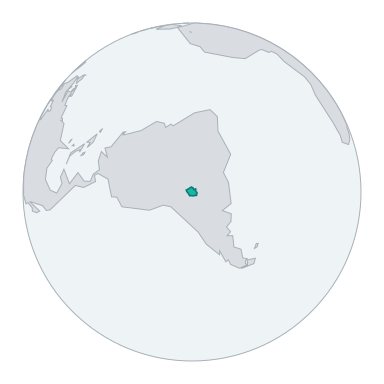 Boquerón on an orthographic globe, rotated 312°
{"feature_id": "PRY-598", "entity_name": "Boquerón", "entity_type": "Department", "adm_level": 1, "iso_a3": "PRY", "parent_name": "Paraguay", "parent_adm1": "", "projection": "orthographic", "projection_center": [-61.074, -21.97], "detail": "fine", "context": "on_globe", "style": "filled", "palette": "teal", "viewbox_px": 384, "rotation_deg": 312, "n_neighbors": 0, "source": "natural_earth", "source_scale": "10m", "svg_char_len": 5265}
<svg xmlns="http://www.w3.org/2000/svg" viewBox="0 0 384 384"><g transform="rotate(312 192 192)"><circle cx="192" cy="192" r="169" fill="#eef3f6" stroke="#a8b0b8"/><path d="M91.1,56.5L90.9,56.7L94.3,54.1L104.6,47.4L115.3,41.4L126.4,36.3L137.9,31.9L149.6,28.4L161.6,25.8L147.0,29.4L143.8,30.6L144.4,31.1L157.1,29.7L155.7,31.1L157.8,32.4L161.1,30.9L160.6,29.6L167.2,27.7L165.8,26.7L168.2,26.0L169.0,25.2L174.7,24.6L179.9,24.6L179.6,25.5L181.8,25.7L186.9,24.6L190.8,26.5L201.4,28.8L201.7,29.7L194.0,31.1L182.0,31.3L171.9,35.1L184.3,32.2L185.1,35.2L187.7,35.7L191.1,35.5L193.1,34.3L194.6,35.5L182.8,38.4L181.3,37.3L185.1,36.2L179.4,36.6L171.5,39.4L172.5,41.2L159.5,45.1L160.0,46.6L157.5,48.6L157.5,45.8L157.2,51.1L142.1,59.7L141.5,71.3L135.6,63.2L129.7,63.4L122.2,65.3L122.0,67.1L112.6,68.2L103.2,74.7L98.5,85.4L100.7,92.3L111.3,89.7L115.0,84.3L123.2,81.6L116.1,95.4L130.1,94.3L127.9,104.6L131.8,109.3L139.1,106.7L146.6,108.3L152.4,101.6L161.4,97.6L161.2,105.9L166.5,97.9L171.4,101.6L189.7,100.8L188.2,102.7L203.5,113.0L220.6,118.4L224.5,125.3L222.4,129.2L228.4,130.9L228.5,133.7L252.7,141.0L265.3,150.3L265.0,160.4L254.7,170.5L245.9,195.5L227.6,202.2L223.3,213.0L209.6,228.8L198.5,227.0L202.1,235.7L196.2,240.7L189.1,241.0L188.3,247.2L183.0,247.4L186.8,251.5L179.2,259.9L182.3,266.7L177.0,273.7L179.3,277.7L176.9,277.7L174.7,279.4L174.8,281.8L167.2,278.4L164.0,269.3L165.9,264.4L162.8,263.9L166.8,251.9L163.8,254.5L162.8,237.5L166.3,223.5L166.9,186.2L162.9,179.4L149.9,172.5L134.1,149.8L137.9,139.5L134.6,135.5L145.4,120.9L142.8,109.6L139.1,108.4L135.2,113.3L122.8,108.4L118.8,100.9L83.8,98.5L80.8,96.1L81.9,90.1L76.3,77.6L75.9,91.7L72.6,90.4L71.0,86.2L73.4,83.7L74.3,77.1L72.1,76.6L76.9,69.0L90.3,57.1L91.1,56.5ZM140.0,75.7L156.1,79.9L146.4,81.8L148.3,80.4L144.4,78.3L136.8,77.1L128.5,79.9L140.0,75.7ZM148.5,67.8L145.6,67.7L148.5,67.3L148.5,67.8ZM92.9,55.1L92.6,55.4L92.9,55.1ZM165.8,25.6L167.4,25.4L166.4,25.7L165.8,25.6ZM164.7,25.6L162.4,26.1L161.6,26.1L163.0,25.8L164.7,25.6ZM167.6,25.0L160.3,26.2L158.8,26.4L162.9,25.6L167.6,25.0ZM180.2,285.9L168.0,279.8L174.7,282.4L178.5,278.5L185.2,283.4L180.2,285.9ZM191.8,276.2L196.7,274.3L198.1,275.5L195.0,277.1L191.8,276.2ZM304.4,65.9L303.1,64.9L308.1,72.2L305.0,71.2L298.8,67.0L288.9,56.4L296.9,60.2L293.5,57.2L285.0,51.3L288.1,53.2L285.7,51.4L287.2,52.4L304.4,65.9ZM350.8,249.8L350.2,251.1L345.2,262.6L343.9,263.6L340.5,269.7L336.6,274.1L332.0,276.6L329.5,270.4L333.3,264.3L338.1,250.0L346.5,219.0L351.4,208.4L352.9,198.4L350.6,173.3L351.4,162.9L349.8,157.0L347.1,155.7L344.7,148.7L342.7,147.1L326.7,142.3L319.3,132.4L304.4,107.8L305.4,100.8L301.1,91.5L304.5,71.1L310.3,75.1L318.7,80.2L320.6,82.4L325.1,88.1L329.9,94.4L336.8,104.9L342.9,115.9L348.1,127.3L352.5,139.1L355.9,151.1L358.5,163.4L360.2,175.8L360.9,188.3L360.7,200.8L359.6,213.3L357.6,225.7L354.6,237.9L350.8,249.8ZM309.3,82.6L310.6,85.1L309.3,82.6ZM190.2,100.7L192.4,102.3L189.5,102.3L190.2,100.7ZM144.8,85.1L148.3,84.8L150.0,85.8L147.3,86.5L144.8,85.1ZM175.2,82.6L179.4,83.1L174.9,83.9L175.2,82.6ZM158.7,80.5L171.8,82.6L163.1,85.3L154.9,84.3L160.7,83.1L158.7,80.5ZM146.2,72.0L148.4,72.2L147.5,73.6L146.2,72.0ZM150.5,67.5L149.7,67.7L148.7,66.8L150.5,67.5ZM185.8,35.0L186.7,34.8L190.1,34.9L188.3,35.4L185.8,35.0ZM206.2,33.1L208.2,35.1L205.5,33.8L203.4,34.6L195.3,33.4L201.5,30.1L200.1,31.6L206.2,33.1ZM186.1,31.4L190.6,32.2L185.5,31.5L186.1,31.4ZM269.6,41.9L272.7,43.5L275.0,44.9L273.3,44.3L269.8,42.2L269.6,41.9ZM284.3,50.5L281.0,48.6L281.0,48.4L278.1,46.7L277.0,46.0L284.3,50.5ZM175.8,23.8L174.0,24.0L175.8,23.8ZM186.9,23.1L191.1,23.1L188.5,23.3L183.8,23.3L187.3,23.6L182.0,23.8L184.9,24.1L174.8,24.1L170.2,24.6L176.3,23.9L178.9,23.6L186.9,23.1ZM219.1,25.2L217.4,25.0L216.3,25.2L217.6,26.1L210.2,25.1L204.3,23.9L200.1,23.2L200.6,23.3L219.1,25.2ZM315.4,76.6L315.6,76.9L314.7,75.9L311.3,72.4L311.4,72.5L315.4,76.6Z" fill="#d9dde1" stroke="#a8b0b8" stroke-width="1"/><path d="M188.7,193.6L188.3,193.3L188.2,193.3L188.2,193.2L187.9,193.1L187.7,193.0L187.8,193.0L187.8,192.9L187.7,192.8L187.8,192.7L187.8,192.4L187.9,192.1L188.0,191.7L188.1,191.4L188.2,190.9L188.3,190.6L188.4,190.3L188.5,190.0L188.6,189.7L188.7,189.4L188.7,189.2L188.7,188.7L188.7,188.4L188.7,188.2L188.7,187.9L188.8,187.7L189.0,187.3L189.2,187.1L189.3,187.0L189.4,186.8L189.5,186.7L189.6,186.4L189.9,186.6L195.1,188.1L195.3,188.2L195.4,188.3L195.3,188.5L195.4,188.8L195.4,189.0L195.5,189.1L195.6,189.3L195.8,190.1L195.7,190.2L195.5,190.4L195.4,190.4L195.4,190.5L195.1,191.6L195.1,191.8L195.1,192.1L195.4,192.2L195.5,192.2L196.5,192.3L196.8,192.7L196.6,192.9L196.4,192.8L196.0,193.0L196.0,193.3L195.9,193.3L195.7,193.3L195.7,193.6L195.1,194.4L195.1,194.5L195.0,194.8L195.0,195.1L195.0,195.3L194.9,195.5L195.0,195.6L194.9,195.8L194.8,196.0L194.8,196.3L194.7,196.5L194.4,196.7L193.4,196.8L193.2,196.8L192.9,196.9L192.9,197.0L192.8,197.6L192.7,197.6L192.4,197.4L192.3,197.5L192.2,197.4L192.1,197.2L191.9,197.0L191.9,196.9L191.8,196.7L191.7,196.7L191.4,196.5L191.2,196.4L190.9,196.3L190.8,196.2L190.7,196.1L190.6,195.9L190.4,195.9L190.2,195.8L190.2,195.7L190.0,195.4L189.9,195.4L189.6,195.1L189.5,194.9L189.4,194.8L189.4,194.7L189.2,194.5L189.2,194.4L189.0,194.2L188.9,193.9L188.9,194.0L188.9,193.9L188.8,193.7L188.7,193.6L188.7,193.6Z" fill="#14b8a6" stroke="#0f766e" stroke-width="1.5"/></g></svg>